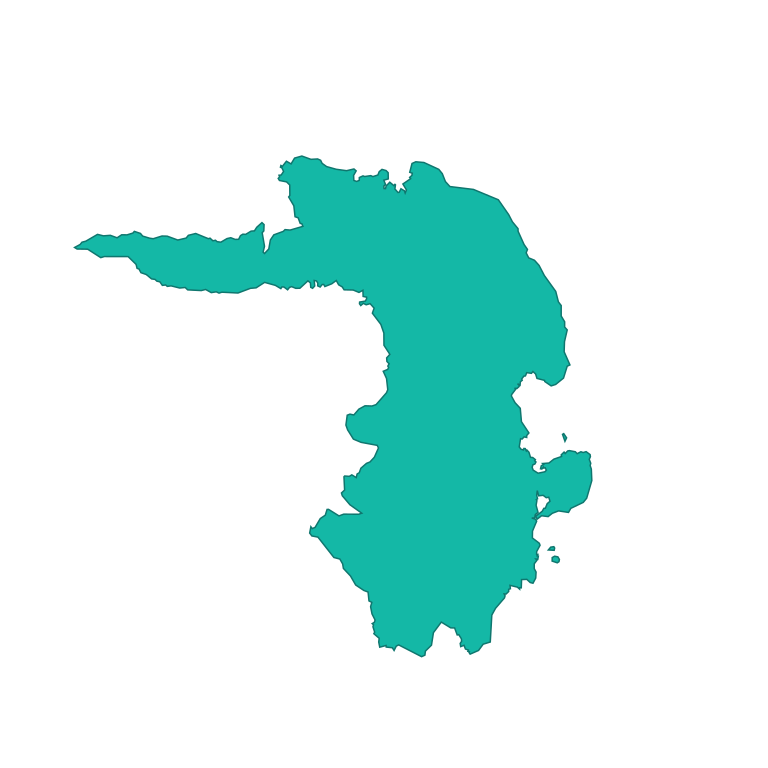 outline of Jeneponto, Sulawesi Selatan, Indonesia, rotated 239°
{"feature_id": "22746128B64050318598962", "entity_name": "Jeneponto", "entity_type": "district", "adm_level": 2, "iso_a3": "IDN", "parent_name": "Indonesia", "parent_adm1": "Sulawesi Selatan", "projection": "mercator", "projection_center": [119.72, -5.545], "detail": "fine", "context": "isolated", "style": "filled", "palette": "teal", "viewbox_px": 768, "rotation_deg": 239, "n_neighbors": 0, "source": "geoboundaries", "source_scale": "gbopen_adm2", "svg_char_len": 6174}
<svg xmlns="http://www.w3.org/2000/svg" viewBox="0 0 768 768"><g transform="rotate(239 384 384)"><path d="M660.4,189.1L657.8,190.4L652.2,199.4L638.2,206.3L637.3,209.9L625.0,230.3L614.2,233.1L610.3,231.9L608.8,233.2L604.6,233.0L600.3,236.6L593.8,238.9L591.6,241.6L589.1,242.3L587.0,244.5L582.7,244.8L581.3,247.9L579.3,248.5L577.8,252.0L571.5,258.3L569.1,263.3L565.8,264.2L558.2,275.5L556.9,279.8L551.3,283.0L549.4,287.7L546.9,289.4L546.2,292.3L537.2,305.7L534.8,318.8L532.3,323.9L532.6,334.0L524.5,341.7L518.9,344.7L519.8,346.6L518.6,348.2L514.4,349.9L515.5,352.8L515.0,355.0L511.5,357.6L509.4,361.2L511.6,371.9L508.6,373.0L504.6,371.0L502.8,372.1L503.7,375.1L508.7,377.5L507.1,379.2L504.5,379.2L502.3,377.7L500.0,379.2L501.1,382.3L500.4,383.6L498.0,383.5L496.8,390.8L497.3,396.4L492.4,396.2L488.8,398.2L485.3,398.3L480.4,406.0L475.4,409.7L475.2,414.2L469.8,411.2L467.4,413.8L466.0,413.0L464.7,410.7L466.8,405.3L465.4,404.3L463.2,404.5L463.8,407.8L461.1,409.5L460.0,413.5L454.1,414.6L450.7,410.5L436.7,412.0L427.7,410.1L417.2,403.9L406.4,404.3L405.0,399.7L401.8,398.1L398.7,398.8L397.4,396.5L395.8,396.5L394.6,394.7L395.3,389.9L387.4,389.0L377.2,384.3L375.2,381.6L370.4,366.6L371.3,362.4L375.1,356.5L375.4,349.5L373.0,342.2L375.7,339.3L376.2,336.4L368.4,330.2L363.4,329.2L352.5,329.4L345.8,334.3L334.9,346.6L332.0,346.3L326.2,338.0L324.4,331.8L325.0,328.1L323.7,320.8L320.7,317.1L320.7,314.6L318.1,312.0L322.7,309.6L322.7,306.7L325.4,302.9L325.1,301.9L313.4,295.6L312.5,291.4L309.7,290.7L298.0,292.6L284.7,298.4L285.4,295.2L293.2,282.4L294.1,277.5L305.1,271.9L305.8,270.6L301.8,266.1L301.5,260.1L296.6,251.1L297.0,248.1L299.3,247.8L294.5,243.5L290.9,243.9L286.8,248.5L261.1,251.7L256.7,256.0L251.1,255.9L246.8,254.2L236.7,256.4L226.3,256.2L217.4,260.4L213.9,263.2L205.8,259.4L203.1,261.1L200.0,257.8L193.1,255.3L186.3,254.8L184.7,253.0L184.7,250.5L183.0,251.0L181.6,249.5L176.1,248.2L175.2,246.7L168.5,248.9L165.6,246.6L160.6,244.8L158.8,251.1L157.4,250.4L153.6,255.3L150.4,255.4L153.0,259.5L152.8,262.2L130.9,275.8L130.5,279.4L133.7,281.9L135.7,290.2L145.4,298.3L150.4,310.5L140.6,315.6L138.5,318.9L131.2,317.5L130.6,319.0L125.7,319.1L123.5,318.0L122.4,315.7L119.4,314.5L118.8,318.0L114.9,317.3L112.5,319.3L111.7,318.2L110.5,319.3L110.0,318.6L108.1,318.7L106.9,327.8L109.9,335.0L108.1,342.2L130.4,357.4L134.3,364.1L138.6,377.1L140.1,378.7L142.2,378.9L141.1,380.4L141.9,384.0L143.8,385.1L143.4,386.9L146.5,388.3L141.2,393.7L138.3,394.6L139.5,395.3L138.6,396.7L145.5,401.2L143.0,405.8L138.5,407.1L136.5,409.1L139.5,414.1L144.5,417.5L148.4,417.7L152.5,420.2L154.1,424.2L155.8,424.0L154.5,425.5L157.0,427.7L157.9,426.7L158.7,428.1L159.4,427.1L161.7,428.5L165.4,434.7L167.5,435.1L175.6,431.9L181.4,435.5L187.8,444.2L190.1,444.2L193.0,441.6L191.6,444.1L194.2,446.5L194.6,449.9L201.7,451.9L205.3,455.0L206.5,455.0L206.5,456.5L210.1,457.6L213.7,460.5L208.5,459.0L206.6,463.1L203.0,464.5L202.1,466.9L198.0,465.9L197.4,462.3L194.4,458.3L195.1,457.0L193.4,454.0L192.5,445.8L189.3,445.8L189.9,451.2L185.8,456.4L186.5,461.7L185.3,468.3L178.9,476.0L181.2,480.1L179.9,493.8L181.7,498.9L194.2,512.4L204.3,517.9L207.9,518.7L209.6,520.4L213.7,521.1L215.4,523.5L217.4,524.3L221.9,522.4L222.7,519.4L224.5,517.9L224.8,513.7L227.4,513.1L231.4,508.6L232.0,507.0L231.1,503.5L232.9,503.3L232.0,499.4L230.4,498.9L232.1,490.9L231.3,484.7L234.1,479.1L232.9,479.5L232.9,476.7L230.7,474.5L229.8,475.5L230.7,478.0L229.6,477.7L229.2,479.0L226.5,478.8L225.9,476.7L228.2,470.1L233.4,467.5L236.3,468.1L238.1,470.1L237.7,472.1L238.9,474.1L240.6,473.6L241.2,474.8L244.4,473.6L245.7,471.8L250.8,473.1L253.7,472.5L253.3,471.5L255.9,471.8L256.7,470.7L255.7,469.6L257.4,467.9L260.4,467.5L266.8,472.9L265.7,474.0L266.5,476.9L264.7,478.8L266.3,479.7L267.4,483.0L280.9,482.4L293.0,488.3L300.5,486.7L308.1,487.0L309.2,488.0L311.8,494.4L313.2,493.7L311.7,495.6L312.2,498.3L312.9,499.2L315.5,498.6L312.9,500.0L315.7,502.1L316.0,504.4L317.4,504.6L318.7,507.9L318.1,509.4L320.2,512.2L317.2,515.9L318.0,518.1L314.5,519.1L310.0,518.0L304.4,523.5L303.3,523.1L296.3,526.3L295.2,530.9L296.6,540.9L304.9,550.2L304.6,553.2L318.8,555.0L327.3,560.5L336.0,568.9L339.8,568.2L344.3,570.9L351.0,570.9L360.0,576.3L364.6,575.8L374.9,578.9L394.3,577.3L405.8,578.0L412.6,576.7L417.6,573.0L423.2,573.4L425.5,576.3L431.4,575.9L445.9,577.6L448.1,578.9L456.9,577.6L464.8,578.1L483.0,576.9L504.7,560.9L519.3,542.2L525.9,540.9L534.3,542.3L539.8,541.5L553.3,532.3L558.1,525.7L558.6,521.6L552.2,515.1L550.1,516.8L548.4,515.3L547.9,512.4L546.3,512.6L545.7,503.2L538.8,503.2L536.8,500.5L539.1,501.0L542.6,499.1L540.5,495.8L541.0,494.6L545.6,493.8L548.8,496.4L549.5,496.2L549.0,494.6L554.0,492.9L552.6,487.8L550.7,485.9L551.5,484.7L553.7,485.8L554.3,488.1L558.8,488.8L557.6,493.3L563.0,496.4L565.9,495.7L569.0,492.8L568.5,489.3L566.3,486.4L567.5,481.3L569.4,480.0L571.8,474.3L573.2,473.2L573.7,469.2L571.3,467.7L571.7,464.9L574.0,463.0L578.5,465.4L581.0,469.9L583.8,469.0L586.1,461.8L592.7,453.6L599.9,446.8L605.0,444.6L608.4,444.9L611.1,443.0L614.2,437.1L621.7,431.0L623.7,423.7L620.5,417.7L625.2,415.1L622.9,409.0L624.4,408.2L623.2,406.9L621.8,407.8L617.9,407.4L616.1,403.5L617.0,401.5L615.3,401.2L614.7,399.2L612.3,399.2L607.4,404.6L603.1,405.7L594.1,400.4L593.4,398.6L583.2,398.5L573.2,393.9L570.7,396.0L564.8,394.9L563.7,396.1L560.9,395.7L564.3,382.8L567.3,378.7L566.7,376.3L568.6,366.4L566.0,360.8L559.1,354.8L557.4,348.8L559.3,348.3L563.6,352.5L576.4,357.5L577.1,359.8L582.4,363.3L585.2,362.5L583.9,355.7L582.0,351.8L583.5,348.8L583.5,342.5L585.1,340.2L585.1,337.4L582.9,333.9L584.6,330.9L588.3,328.0L589.5,324.4L589.6,317.2L592.0,314.2L594.0,313.6L594.9,311.1L598.6,310.0L599.0,308.3L610.0,300.1L612.2,292.9L611.0,289.6L613.6,281.4L622.4,274.3L625.2,269.9L627.4,261.0L629.7,258.2L635.1,253.3L638.5,252.8L643.4,248.6L642.7,246.5L644.2,240.5L647.0,236.0L646.8,230.5L652.4,226.0L655.5,219.8L659.8,215.5L660.0,202.0L661.1,198.1L660.1,195.4L660.4,189.1ZM145.6,436.9L141.5,440.4L141.6,442.5L143.3,444.0L146.3,444.0L148.5,441.6L148.6,438.8L145.6,436.9ZM157.1,445.8L158.3,442.9L157.1,439.4L153.8,444.2L155.5,445.8L157.1,445.8ZM248.9,511.1L241.7,509.6L243.8,512.8L248.9,512.5L248.9,511.1Z" fill="#14b8a6" stroke="#0f766e" stroke-width="1.5"/></g></svg>